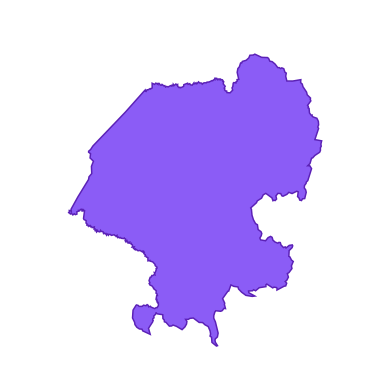 Chon Daen, Phetchabun, Thailand (orthographic projection), rotated 12°
{"feature_id": "78962969B86434442004691", "entity_name": "Chon Daen", "entity_type": "district", "adm_level": 2, "iso_a3": "THA", "parent_name": "Thailand", "parent_adm1": "Phetchabun", "projection": "orthographic", "projection_center": [100.793, 16.112], "detail": "fine", "context": "isolated", "style": "filled", "palette": "violet", "viewbox_px": 384, "rotation_deg": 12, "n_neighbors": 0, "source": "geoboundaries", "source_scale": "gbopen_adm2", "svg_char_len": 5987}
<svg xmlns="http://www.w3.org/2000/svg" viewBox="0 0 384 384"><g transform="rotate(12 192 192)"><path d="M248.9,337.0L246.1,334.1L245.3,332.2L245.3,330.9L247.0,328.5L246.9,324.6L241.9,314.2L239.5,310.9L239.0,308.4L239.3,304.7L240.0,303.2L244.9,302.7L246.3,301.7L247.4,299.2L249.0,299.1L247.1,295.3L247.1,293.9L244.1,289.9L247.7,281.6L248.5,281.3L249.4,274.8L252.5,275.6L256.7,275.3L257.7,277.2L261.4,279.7L266.2,281.9L272.6,281.6L275.1,280.7L268.5,278.7L267.9,277.1L271.8,276.0L272.5,274.8L274.7,275.4L277.7,271.6L284.0,269.2L283.6,267.4L284.3,266.5L290.9,269.0L292.0,268.0L294.5,267.9L295.2,268.5L295.5,270.2L301.7,265.0L303.2,264.4L303.6,261.5L301.8,260.2L303.1,258.6L304.0,255.2L302.2,252.0L303.6,250.7L305.7,246.1L304.6,243.6L305.5,238.9L303.5,237.9L301.2,235.1L300.1,234.8L299.2,229.1L301.5,225.6L301.7,223.7L301.1,222.9L298.2,224.0L295.6,227.2L294.6,226.3L293.0,227.3L290.0,225.2L288.9,223.1L287.5,223.2L286.6,224.2L283.7,223.7L281.2,222.3L279.8,219.7L278.1,219.1L275.9,220.8L274.1,224.4L269.1,224.6L267.9,222.9L268.8,220.5L268.9,218.1L267.7,216.4L264.5,215.0L262.8,210.4L260.7,209.7L257.8,206.3L255.5,202.2L253.7,196.5L252.7,195.4L257.3,189.1L257.7,187.1L261.3,183.6L262.3,179.9L264.5,178.0L271.4,181.1L273.0,183.7L273.8,183.0L275.1,183.1L276.2,181.3L274.9,178.4L276.3,175.5L279.1,175.1L280.6,177.0L281.9,177.2L285.3,174.6L286.8,172.2L290.2,172.7L294.3,169.5L295.9,169.8L296.2,174.5L298.2,175.9L299.0,177.5L300.9,177.6L301.5,175.7L303.6,175.0L303.8,168.6L302.7,166.2L301.0,164.7L300.7,162.3L301.8,159.9L301.7,158.6L302.9,156.8L304.1,144.3L301.7,141.8L299.8,142.2L301.5,139.6L301.9,134.1L302.9,133.6L304.6,130.7L308.6,126.6L309.0,124.7L308.4,122.0L308.9,120.4L308.1,118.3L308.2,115.0L301.3,115.2L302.6,103.5L301.5,102.3L301.9,100.0L300.9,96.6L298.8,93.9L294.8,93.4L293.5,92.6L293.5,91.8L292.5,92.0L290.5,90.3L289.1,85.8L288.1,85.6L288.0,84.1L287.0,83.2L289.3,78.2L288.4,76.7L288.4,75.5L284.5,73.0L283.3,70.5L278.6,65.9L277.4,63.5L275.5,62.4L275.1,59.5L267.5,62.5L261.7,63.7L259.6,59.3L259.5,56.1L258.0,55.5L256.1,52.3L254.0,51.9L253.1,52.8L251.5,52.2L250.0,52.5L246.7,49.6L243.3,47.8L241.0,47.9L239.1,45.4L237.9,44.8L232.1,45.8L224.8,44.1L223.4,45.3L220.2,46.2L219.7,49.0L217.6,51.9L214.1,53.8L213.7,55.5L212.7,55.7L212.3,59.7L211.2,61.7L211.3,65.6L214.3,72.1L212.7,72.7L213.2,74.0L212.1,75.2L212.3,76.1L210.1,76.3L209.7,77.0L210.0,80.4L209.5,81.8L210.6,83.9L208.6,87.1L205.5,87.5L204.9,86.0L203.8,86.2L202.7,85.4L202.5,84.0L201.9,83.7L202.5,81.7L200.1,79.8L200.0,77.5L199.2,77.5L199.3,76.8L198.3,75.9L196.3,76.4L196.3,75.6L195.6,75.7L194.1,76.1L193.9,76.9L193.0,76.6L192.6,75.7L191.5,75.8L190.7,76.0L191.1,77.3L190.4,77.2L189.1,78.9L188.5,78.8L185.9,80.8L183.7,81.5L183.4,82.2L181.0,82.7L179.6,84.4L178.8,83.5L176.6,83.7L175.5,82.9L174.3,85.1L173.6,85.3L173.2,84.4L171.7,85.7L171.2,84.8L169.9,87.5L168.0,87.4L167.3,86.5L165.8,87.5L165.1,86.5L161.7,88.7L161.8,90.5L159.2,92.4L158.4,92.0L157.7,92.6L156.1,91.7L155.6,89.9L155.1,90.5L153.8,89.7L152.3,91.6L151.3,90.6L151.4,91.8L150.3,91.6L150.2,92.6L148.9,92.4L146.8,94.2L145.3,94.0L144.3,94.8L143.3,93.6L142.6,94.1L140.3,93.0L140.0,93.8L138.8,94.0L137.3,92.6L136.1,92.9L136.3,93.8L134.0,93.0L133.0,94.5L130.4,93.9L131.4,98.5L129.9,99.9L129.5,99.6L127.9,101.1L126.8,101.3L126.2,103.2L125.4,103.1L125.0,102.0L124.1,103.4L110.1,127.9L85.5,167.6L84.0,171.5L82.4,173.6L82.6,174.6L84.8,175.6L85.2,179.9L89.2,182.4L88.3,187.8L90.1,194.8L88.1,198.5L88.2,201.3L81.4,220.5L77.3,233.9L77.9,235.9L77.2,235.4L75.8,235.6L76.4,237.1L75.0,238.0L76.1,237.7L77.6,238.8L78.5,238.0L80.2,239.2L81.4,237.8L82.6,238.4L84.0,237.6L83.5,235.2L85.4,234.1L85.0,233.6L86.2,233.4L86.5,232.3L87.5,231.9L87.8,232.4L88.4,232.0L88.4,233.4L89.0,233.3L89.2,232.0L89.7,232.0L90.2,232.9L90.8,232.8L91.4,240.5L92.1,241.4L94.4,242.0L94.8,244.4L96.0,245.1L96.0,246.2L97.0,246.0L97.4,246.7L98.1,246.4L98.3,247.0L99.5,246.0L100.2,247.1L100.8,246.7L101.7,247.6L103.7,246.5L103.8,248.5L104.7,248.2L105.2,249.8L106.2,249.2L106.1,250.0L107.0,251.0L107.6,249.4L108.4,250.1L110.1,250.2L110.6,248.6L111.2,249.4L113.2,249.3L114.1,251.0L114.6,250.4L115.8,251.0L116.4,250.5L117.4,252.0L117.9,250.8L119.2,251.6L119.2,250.8L121.0,250.5L122.1,251.2L124.7,250.0L126.3,250.9L127.6,250.1L127.5,251.2L128.1,251.0L128.8,252.0L129.4,251.4L130.5,252.0L131.6,251.4L132.3,252.0L134.6,251.8L135.3,251.2L135.5,251.7L136.7,251.7L137.1,252.7L136.7,253.5L137.8,254.6L138.5,253.1L139.7,254.7L141.0,254.2L140.5,255.1L143.3,254.8L143.4,255.7L144.6,256.0L145.2,257.5L144.9,258.3L146.4,257.8L146.0,258.4L146.8,258.7L146.5,259.3L148.4,260.3L148.5,259.5L151.4,260.7L153.3,260.0L155.9,260.9L156.0,260.1L156.9,259.9L157.4,260.5L156.7,260.8L157.8,261.0L157.5,261.8L157.9,262.4L159.3,263.0L159.4,264.4L160.1,264.2L160.9,265.1L162.5,265.4L163.2,268.5L165.1,267.7L165.3,268.3L168.1,268.5L170.9,270.5L171.3,271.7L173.3,272.7L173.6,273.7L172.8,274.3L173.2,275.5L172.6,279.1L172.0,278.9L172.9,280.7L172.3,280.6L170.9,282.0L170.1,282.0L169.5,284.0L168.8,284.2L168.4,287.6L169.7,289.6L169.1,290.4L170.3,291.8L172.2,292.1L174.6,294.0L174.5,294.5L177.5,296.0L177.9,298.5L179.0,299.0L179.7,300.4L179.0,300.6L179.1,304.3L179.9,304.2L180.3,305.4L180.0,305.8L181.7,307.0L181.2,307.4L182.4,308.3L182.7,310.2L181.9,312.4L181.0,312.5L179.8,313.8L175.8,313.1L175.1,312.4L173.5,313.3L172.6,311.9L171.5,311.5L170.6,312.8L168.1,312.8L167.1,314.2L164.1,314.9L162.9,314.1L161.2,314.0L160.8,314.5L158.9,319.8L160.0,327.6L162.9,331.3L163.8,333.6L166.2,335.8L169.0,336.9L171.6,336.6L172.7,338.1L180.7,339.9L177.8,334.4L180.5,327.3L180.7,325.6L180.1,325.3L180.1,323.9L181.0,323.0L180.4,321.3L181.8,319.2L182.0,317.1L182.3,318.0L183.7,318.4L188.9,318.1L189.9,321.9L191.4,322.9L192.0,324.7L193.7,324.9L197.7,327.9L199.9,327.3L201.1,326.1L204.7,326.6L210.9,328.7L213.1,325.5L214.1,322.3L213.9,319.6L212.2,317.9L214.9,317.3L216.3,316.0L219.5,315.0L226.1,318.1L229.5,317.5L232.3,319.2L235.8,320.2L238.6,324.2L239.7,327.0L239.6,329.2L241.3,330.0L242.8,335.0L247.9,337.6L248.9,337.0Z" fill="#8b5cf6" stroke="#5b21b6" stroke-width="1.5"/></g></svg>